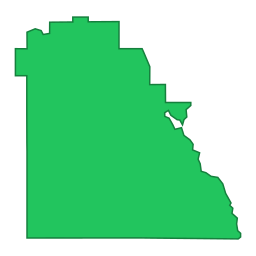 Polk, Florida, United States of America (Equal Earth projection)
{"feature_id": "52423323B51460600730955", "entity_name": "Polk", "entity_type": "district", "adm_level": 2, "iso_a3": "USA", "parent_name": "United States of America", "parent_adm1": "Florida", "projection": "equal_earth", "projection_center": [-81.546, 28.003], "detail": "fine", "context": "isolated", "style": "filled", "palette": "green", "viewbox_px": 256, "rotation_deg": 0, "n_neighbors": 0, "source": "geoboundaries", "source_scale": "gbopen_adm2", "svg_char_len": 963}
<svg xmlns="http://www.w3.org/2000/svg" viewBox="0 0 256 256"><path d="M140.6,237.9L148.4,238.0L238.2,238.9L240.6,237.0L240.6,233.3L237.7,230.7L236.6,223.9L237.3,218.1L232.0,213.4L232.8,208.2L229.7,205.3L231.0,203.0L225.6,193.3L222.8,183.9L217.8,177.4L211.0,176.3L205.9,172.7L201.2,171.3L200.2,163.8L198.1,159.2L199.6,152.8L192.6,149.9L193.1,144.3L190.0,139.9L183.9,135.4L181.5,127.7L174.9,129.3L172.8,124.8L169.1,118.2L164.8,116.4L164.7,112.7L168.4,110.4L170.9,115.3L177.1,119.7L179.8,120.0L182.5,124.9L184.0,119.6L186.8,117.0L186.1,109.6L190.8,105.5L190.8,102.5L165.5,102.5L165.4,84.5L162.3,84.5L162.2,84.5L149.7,84.6L149.8,66.7L143.5,51.8L142.1,48.7L119.0,48.7L119.0,47.1L119.0,21.6L88.2,21.8L88.2,17.1L72.8,17.1L72.8,22.0L49.7,22.2L49.6,33.4L43.2,34.5L41.1,30.6L35.2,28.8L27.0,32.2L27.1,48.8L15.4,48.7L15.4,75.7L26.8,75.7L26.8,93.7L26.8,114.0L26.9,143.2L27.0,151.2L27.0,157.2L27.0,238.0L140.6,237.9Z" fill="#22c55e" stroke="#15803d" stroke-width="1.5"/></svg>